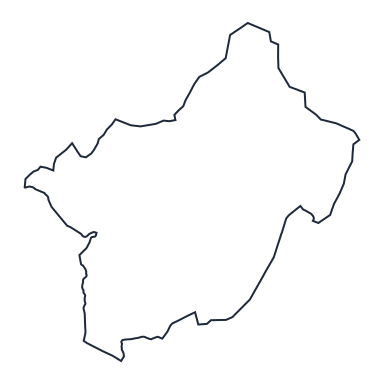 outline of New Juaben South Municipal, Eastern, Ghana
{"feature_id": "2480657B86034404720136", "entity_name": "New Juaben South Municipal", "entity_type": "district", "adm_level": 2, "iso_a3": "GHA", "parent_name": "Ghana", "parent_adm1": "Eastern", "projection": "orthographic", "projection_center": [-0.271, 6.08], "detail": "fine", "context": "isolated", "style": "outline", "palette": "slate", "viewbox_px": 384, "rotation_deg": 0, "n_neighbors": 0, "source": "geoboundaries", "source_scale": "gbopen_adm2", "svg_char_len": 3008}
<svg xmlns="http://www.w3.org/2000/svg" viewBox="0 0 384 384"><path d="M352.7,152.5L353.4,144.3L359.3,139.9L355.5,133.4L354.1,131.6L352.8,130.6L349.5,129.1L344.4,126.9L336.2,123.3L320.8,119.5L316.1,114.7L305.5,106.9L304.7,92.5L289.7,86.9L278.4,68.0L278.3,63.6L278.1,57.4L278.2,44.5L270.9,41.4L269.3,32.1L250.3,24.1L247.8,23.0L230.1,35.0L225.7,58.1L218.6,64.2L208.0,72.5L199.4,76.8L194.1,84.3L190.3,91.8L185.5,100.3L183.3,106.2L179.0,110.0L174.4,114.8L175.4,120.1L169.3,121.2L163.5,120.6L156.0,123.8L140.5,126.4L130.9,125.3L115.5,119.3L111.7,124.7L106.9,129.5L103.7,134.8L98.8,139.1L97.7,143.4L94.0,149.8L91.3,153.5L85.9,157.3L80.6,156.2L78.0,152.4L72.1,143.2L66.2,149.7L56.1,157.7L53.9,164.1L53.3,170.5L46.4,167.8L40.5,166.7L37.9,169.9L33.6,171.5L29.8,174.7L25.5,179.0L24.7,187.4L24.9,187.5L25.7,187.5L28.7,186.6L30.1,186.6L32.6,187.2L33.7,187.8L34.3,188.2L34.6,188.4L35.1,189.1L44.6,193.1L45.0,194.0L46.9,195.5L48.1,197.1L48.5,199.9L51.5,206.8L59.5,216.5L67.2,225.8L70.2,227.0L81.1,233.9L82.3,235.6L83.6,236.6L84.3,236.8L85.9,236.7L86.8,236.3L89.4,233.9L91.5,232.8L93.8,232.0L95.2,232.4L96.5,232.8L95.9,235.4L95.4,236.2L94.7,236.7L91.8,237.1L91.2,237.5L90.8,238.3L89.5,242.4L86.9,247.4L86.1,248.6L85.7,248.9L79.4,255.1L81.0,264.0L81.5,264.7L82.6,265.3L83.2,265.8L85.6,269.5L86.3,271.7L86.1,273.8L86.6,274.7L86.6,275.8L86.2,276.4L85.9,276.9L84.7,277.9L83.9,278.6L83.4,279.2L83.0,280.3L83.1,282.1L82.7,283.6L82.3,285.2L82.1,287.3L82.4,288.1L82.6,289.0L83.5,290.3L83.4,292.1L83.6,292.8L84.9,294.7L85.2,295.4L85.1,296.1L85.0,296.8L84.7,297.5L84.7,301.0L85.4,303.1L85.4,303.9L84.8,304.7L83.5,307.8L83.5,308.3L84.7,313.5L85.2,327.4L85.5,331.0L85.3,333.6L84.1,339.1L83.7,340.4L83.7,340.8L87.0,343.1L102.6,351.1L112.5,355.7L121.1,361.0L124.0,356.3L123.4,352.7L122.6,351.2L121.8,349.7L121.7,349.1L121.9,347.9L121.5,346.8L121.8,345.2L122.0,343.6L121.3,342.1L121.4,341.6L121.7,341.0L122.5,340.1L124.5,339.6L131.6,339.1L133.4,338.7L135.0,338.3L137.6,338.0L139.1,337.6L140.6,337.1L141.6,336.8L143.0,336.8L143.5,336.7L143.9,336.7L145.1,337.1L146.2,337.6L147.1,338.0L148.8,338.6L150.1,339.1L151.3,339.2L151.8,339.0L152.3,338.7L153.3,338.3L154.9,337.7L155.7,337.4L157.0,336.9L157.6,336.9L158.1,336.9L159.2,337.3L160.3,337.9L161.5,338.3L162.3,338.6L167.5,331.5L170.2,325.9L171.2,324.7L172.2,323.5L178.1,320.7L187.2,316.0L195.1,312.2L195.2,312.6L195.3,313.1L195.5,313.9L198.3,324.5L206.9,323.9L211.0,320.2L226.0,319.9L232.6,317.0L233.7,315.8L249.9,299.5L263.1,276.1L265.7,271.3L269.7,264.4L273.7,257.4L275.7,251.4L277.6,245.4L279.1,240.8L281.3,233.9L282.0,232.4L282.3,231.1L282.6,230.3L286.0,219.1L286.1,218.8L286.4,218.3L286.8,217.7L288.0,216.2L289.6,214.6L291.3,213.2L293.0,211.9L300.3,206.0L301.5,207.4L303.1,209.5L304.4,210.1L304.8,210.2L311.1,213.8L311.6,214.3L312.7,215.5L313.5,216.9L313.8,218.2L313.6,219.7L312.9,220.9L318.3,223.0L330.1,215.0L332.6,207.9L334.1,203.7L337.0,198.4L339.5,193.7L343.8,183.8L345.6,174.3L347.6,170.4L352.2,161.3L352.5,155.6L352.7,152.5Z" fill="none" stroke="#1e293b" stroke-width="2"/></svg>